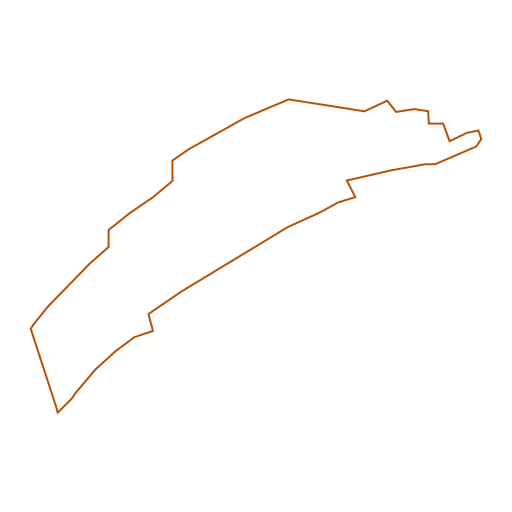 outline of Juniata, Pennsylvania, United States of America
{"feature_id": "52423323B41767417626536", "entity_name": "Juniata", "entity_type": "district", "adm_level": 2, "iso_a3": "USA", "parent_name": "United States of America", "parent_adm1": "Pennsylvania", "projection": "albers", "projection_center": [-77.347, 40.479], "detail": "fine", "context": "isolated", "style": "outline", "palette": "amber", "viewbox_px": 512, "rotation_deg": 0, "n_neighbors": 0, "source": "geoboundaries", "source_scale": "gbopen_adm2", "svg_char_len": 644}
<svg xmlns="http://www.w3.org/2000/svg" viewBox="0 0 512 512"><path d="M288.5,99.4L244.1,118.3L188.3,149.5L172.4,160.6L172.5,180.9L153.1,197.1L130.0,212.9L108.6,230.0L108.6,247.0L89.9,263.4L47.6,306.9L33.7,324.2L30.7,328.7L56.2,407.0L57.7,412.6L71.6,398.8L75.1,393.6L95.0,369.9L115.5,351.2L134.3,337.2L152.9,330.9L148.5,314.0L181.1,291.7L287.7,227.1L319.8,212.5L338.2,202.4L355.3,197.1L346.8,180.5L390.8,170.4L424.8,164.3L435.1,164.2L476.0,146.6L481.3,139.1L478.4,130.5L467.0,132.8L449.6,141.2L443.2,123.6L428.8,123.6L428.2,111.2L414.4,109.1L396.0,111.9L387.2,100.7L364.5,111.3L288.5,99.4Z" fill="none" stroke="#b45309" stroke-width="2"/></svg>